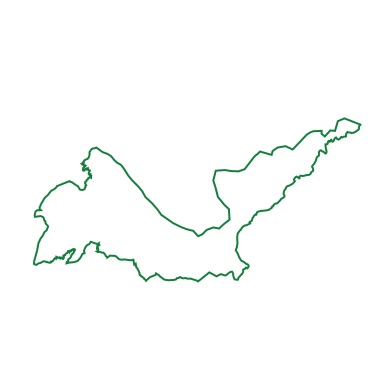 Fanteakwa South, Eastern, Ghana, rotated 14°
{"feature_id": "2480657B5172435396617", "entity_name": "Fanteakwa South", "entity_type": "district", "adm_level": 2, "iso_a3": "GHA", "parent_name": "Ghana", "parent_adm1": "Eastern", "projection": "robinson", "projection_center": [-0.395, 6.371], "detail": "fine", "context": "isolated", "style": "outline", "palette": "green", "viewbox_px": 384, "rotation_deg": 14, "n_neighbors": 0, "source": "geoboundaries", "source_scale": "gbopen_adm2", "svg_char_len": 5941}
<svg xmlns="http://www.w3.org/2000/svg" viewBox="0 0 384 384"><g transform="rotate(14 192 192)"><path d="M339.1,85.9L322.1,83.7L316.4,88.0L316.0,98.1L311.3,98.8L307.4,106.0L303.6,104.1L303.0,101.3L295.0,103.7L292.8,105.2L289.6,108.4L279.4,126.4L271.7,124.9L264.4,128.1L260.3,132.7L260.3,136.7L248.2,136.3L246.3,139.5L245.0,140.9L243.7,143.1L237.6,157.1L232.2,160.7L225.5,162.1L218.5,162.8L209.9,165.6L209.9,175.7L213.7,181.9L218.4,190.6L226.6,196.7L232.0,199.7L235.1,209.8L230.3,215.9L227.1,220.9L221.4,221.2L215.4,225.2L212.2,230.6L208.7,233.4L202.6,229.4L196.0,229.4L189.6,228.6L181.4,226.8L167.7,221.6L162.7,217.3L156.0,212.6L148.1,208.2L143.3,203.1L138.3,199.5L131.0,195.1L126.2,191.5L120.5,186.0L116.4,182.8L112.3,181.7L108.8,179.8L105.0,176.9L100.9,175.5L95.5,174.9L88.4,172.0L87.6,172.7L84.6,174.2L84.2,174.8L82.9,178.1L83.5,180.3L83.6,181.7L83.4,183.4L82.6,185.3L81.3,186.0L79.8,187.5L79.9,188.7L79.3,189.2L79.7,189.8L78.8,190.5L79.2,191.1L78.3,191.5L78.9,191.9L79.3,191.4L79.7,191.6L80.2,191.3L80.6,192.1L81.0,192.4L82.0,191.9L82.4,192.0L82.3,192.6L81.1,192.9L81.4,194.0L80.5,195.2L80.9,195.7L80.8,197.2L81.5,197.5L82.5,197.2L82.6,196.3L83.7,194.8L84.0,194.6L84.3,195.1L84.6,194.5L85.4,194.1L85.5,194.4L84.9,194.9L85.2,195.3L86.3,195.9L87.7,195.9L87.2,198.2L87.4,199.5L87.8,199.7L89.2,199.1L89.3,199.3L88.8,199.9L88.8,200.6L89.9,200.3L90.3,200.6L90.1,200.9L89.5,200.9L89.4,201.4L89.8,202.2L90.5,202.1L90.6,202.6L89.9,202.4L87.9,203.7L87.8,204.9L86.8,205.9L86.9,207.4L86.0,208.0L86.1,209.4L87.7,211.1L87.0,212.1L87.4,212.8L87.0,215.3L85.2,216.6L82.7,216.8L79.9,214.0L75.0,212.4L73.0,211.5L72.0,211.7L70.5,211.1L59.5,219.0L59.6,219.5L58.9,220.8L57.7,222.5L55.0,225.0L52.7,230.2L51.4,231.9L50.3,234.0L48.3,240.8L48.2,242.6L47.9,243.7L48.3,245.3L49.8,246.2L47.5,246.9L46.4,247.0L44.9,248.8L44.9,252.4L45.6,254.1L50.9,252.0L53.3,252.3L54.3,253.0L55.6,255.3L56.7,255.7L57.6,258.0L60.4,259.8L60.7,260.9L60.2,264.3L58.5,266.7L57.8,270.5L56.4,273.5L55.4,278.8L55.9,286.5L55.6,296.7L56.0,300.0L56.7,300.3L58.7,300.3L60.3,298.4L62.1,297.5L64.6,295.2L66.6,294.9L67.9,295.3L68.7,294.9L69.7,295.2L71.5,294.9L71.7,294.4L72.2,294.3L72.0,293.6L73.5,293.0L74.7,290.0L75.3,289.9L75.4,288.8L75.8,288.4L76.3,288.9L76.3,288.5L76.6,288.4L76.5,288.1L76.9,288.3L77.0,287.8L79.3,288.4L79.6,287.9L79.9,288.0L79.7,287.4L80.3,287.4L80.4,287.8L80.7,288.0L82.1,287.0L82.7,288.2L83.0,288.2L83.4,287.1L83.0,286.7L83.3,286.6L83.5,286.5L82.7,284.9L83.3,284.8L83.3,284.3L83.6,284.1L84.2,283.9L84.2,283.0L85.0,281.8L85.5,281.6L85.7,280.7L86.1,280.3L86.1,279.5L86.6,279.6L87.2,280.1L87.1,279.3L87.5,279.4L87.7,278.9L87.9,279.2L88.5,279.1L88.4,278.7L88.8,278.7L89.3,277.8L89.3,277.3L89.6,277.3L90.0,276.7L90.6,277.0L90.7,276.2L91.1,275.8L92.4,276.2L92.2,278.1L91.7,279.0L91.7,280.2L91.0,280.9L90.3,282.6L90.0,285.2L88.3,287.3L88.5,289.1L87.4,290.4L87.5,291.6L90.0,290.2L94.8,288.5L97.7,286.5L99.5,283.2L100.2,281.0L100.3,279.7L100.8,279.0L100.8,278.4L102.5,277.4L102.3,276.5L101.5,275.6L101.4,275.1L101.9,271.6L103.1,268.9L105.0,267.4L105.8,264.8L112.7,265.4L113.8,264.4L113.7,265.3L114.6,265.5L115.0,265.8L114.8,266.2L114.2,266.3L113.1,267.4L113.3,268.5L113.4,268.2L113.8,268.1L114.2,268.8L114.3,269.6L114.9,270.1L115.1,270.9L114.8,271.6L114.9,272.5L114.3,272.8L114.9,273.0L116.9,272.4L119.6,272.6L120.3,272.3L120.8,272.4L122.5,273.3L124.0,275.1L125.0,275.5L125.7,275.5L125.8,276.0L127.8,273.6L132.4,272.7L134.0,272.9L136.8,274.5L138.2,274.9L140.8,274.6L141.7,274.1L143.3,273.7L149.2,273.1L151.5,271.9L153.6,276.5L154.7,275.2L156.1,278.4L157.8,279.5L157.9,280.0L159.4,281.6L160.8,283.5L161.2,285.1L162.8,285.6L163.2,286.2L164.3,286.4L166.3,287.3L166.5,287.8L168.1,288.5L168.8,289.3L171.8,284.8L176.8,281.2L176.8,279.7L180.2,280.8L182.0,282.1L183.3,282.4L185.5,283.4L186.8,283.7L190.6,283.3L195.8,281.7L197.7,280.6L198.2,279.3L199.9,278.6L200.7,277.6L201.9,277.5L203.0,278.0L204.3,277.9L206.8,277.0L208.3,277.2L211.8,276.4L218.4,276.8L219.5,277.3L228.3,265.8L236.2,267.9L239.5,265.0L240.5,264.7L243.8,265.0L245.1,264.7L247.8,261.0L249.4,259.8L250.3,259.7L251.7,261.4L252.3,263.2L253.7,265.7L254.8,266.5L257.6,266.1L257.9,263.9L259.9,260.0L260.5,259.4L260.9,257.3L260.5,254.8L262.0,253.7L262.6,252.3L264.3,252.6L265.0,250.4L264.4,249.3L263.9,248.9L262.1,248.6L258.8,247.2L257.2,247.0L256.3,246.6L253.6,244.0L251.4,240.8L248.5,237.8L248.9,234.7L248.5,230.7L246.8,225.1L246.4,221.5L247.4,218.4L248.6,216.6L249.0,214.7L249.7,213.5L251.2,211.8L252.7,211.2L255.8,208.7L256.0,208.3L255.2,208.0L255.1,207.5L255.3,207.0L256.9,205.6L257.1,202.9L258.1,199.6L258.5,199.1L259.7,198.6L259.5,197.9L260.0,197.6L260.1,195.9L260.7,195.3L263.2,193.8L268.5,191.9L270.6,190.9L273.2,188.1L273.0,187.3L273.5,186.6L274.2,186.3L274.1,185.5L274.9,183.9L275.4,183.3L277.0,182.7L277.9,181.7L280.1,177.6L280.2,177.0L281.4,176.0L282.8,174.1L282.7,173.3L281.3,171.7L281.1,169.9L281.2,168.5L282.0,166.2L282.5,164.1L283.1,163.3L284.8,162.3L287.2,160.1L288.8,157.7L289.2,156.5L287.9,155.5L288.2,153.9L289.2,152.2L289.9,151.7L291.4,152.2L292.2,152.8L292.9,152.7L292.7,151.2L292.8,150.7L293.5,149.9L295.9,149.6L297.7,148.7L298.6,148.0L301.0,147.4L302.6,145.8L302.9,144.0L304.2,142.4L304.4,141.5L303.3,139.3L302.6,138.7L302.3,138.0L303.7,135.0L304.5,132.2L304.7,128.4L305.4,127.0L306.2,126.3L306.2,125.3L305.5,122.5L305.8,121.7L306.3,120.7L306.9,120.4L307.4,120.4L308.8,121.2L309.7,121.0L312.0,122.4L312.6,122.1L312.9,121.6L312.7,119.8L312.1,119.2L311.9,118.1L310.9,116.5L310.0,113.5L311.4,113.1L312.0,112.3L311.7,111.0L312.2,109.5L312.8,109.3L313.6,109.9L314.0,109.2L314.2,107.9L314.6,107.6L315.5,108.8L315.9,109.1L316.5,109.1L317.0,108.3L317.5,105.8L318.0,104.6L318.6,104.3L320.0,105.4L321.5,105.7L323.1,103.8L323.3,102.7L323.6,102.4L324.9,102.6L326.0,101.5L327.7,101.1L328.0,100.6L327.5,98.3L328.4,96.1L329.4,96.4L330.6,96.0L331.8,96.0L332.4,96.3L334.7,95.2L335.0,94.8L335.7,94.4L338.6,91.1L338.7,90.5L338.2,88.5L338.4,87.1L339.0,86.6L339.1,85.9Z" fill="none" stroke="#15803d" stroke-width="2"/></g></svg>